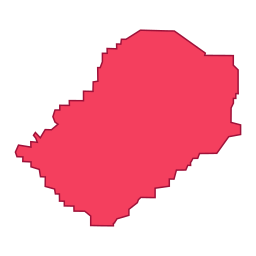 the district of Jefferson, Alabama, United States of America
{"feature_id": "52423323B83509298228219", "entity_name": "Jefferson", "entity_type": "district", "adm_level": 2, "iso_a3": "USA", "parent_name": "United States of America", "parent_adm1": "Alabama", "projection": "albers", "projection_center": [-86.946, 33.545], "detail": "fine", "context": "isolated", "style": "filled", "palette": "rose", "viewbox_px": 256, "rotation_deg": 0, "n_neighbors": 0, "source": "geoboundaries", "source_scale": "gbopen_adm2", "svg_char_len": 1373}
<svg xmlns="http://www.w3.org/2000/svg" viewBox="0 0 256 256"><path d="M121.4,39.3L120.8,44.1L116.6,44.0L116.7,48.8L107.1,48.5L107.2,53.3L102.4,53.3L102.4,61.8L100.2,67.6L97.7,67.6L97.9,81.2L93.2,81.9L93.0,91.4L83.5,91.2L83.5,100.7L69.3,100.6L69.4,105.4L59.8,105.3L59.8,110.0L55.0,110.0L52.9,116.7L55.0,122.1L58.0,124.2L51.4,129.8L45.2,129.6L40.3,137.8L35.4,132.5L33.5,135.3L35.8,138.2L37.3,142.3L30.8,141.7L30.9,147.1L18.5,145.1L15.4,152.1L17.0,156.7L22.9,156.9L22.8,161.5L31.0,161.9L31.0,166.8L39.3,169.4L40.5,176.7L45.3,176.9L45.2,186.4L54.6,189.0L55.4,193.9L59.4,194.0L59.5,198.9L59.5,201.1L64.3,201.2L64.3,205.9L73.9,206.1L74.0,211.1L84.7,211.2L90.7,216.0L90.7,218.7L90.7,225.5L101.3,225.7L113.4,225.8L113.4,223.5L114.6,222.8L114.6,222.5L117.0,218.8L128.9,215.3L128.9,209.3L137.3,202.7L138.4,199.7L140.8,197.4L152.6,197.6L155.1,197.6L155.1,194.0L155.1,188.2L169.3,186.2L169.3,179.0L174.0,179.1L176.4,170.1L185.8,170.0L187.8,165.3L190.6,165.4L190.5,162.4L191.1,161.8L192.9,158.4L197.7,158.3L199.5,153.5L210.7,153.4L216.8,153.3L228.7,136.7L240.6,134.5L240.6,127.3L240.6,124.9L231.0,122.4L231.1,107.9L233.4,103.2L233.4,98.4L235.8,98.4L235.8,93.8L235.9,93.6L238.2,93.7L238.1,91.3L238.1,69.9L233.3,65.2L233.3,55.6L223.7,55.5L220.9,55.5L204.7,55.4L205.3,53.1L174.3,31.0L166.4,30.9L140.4,30.2L126.0,39.3L121.4,39.3Z" fill="#f43f5e" stroke="#9f1239" stroke-width="1.5"/></svg>